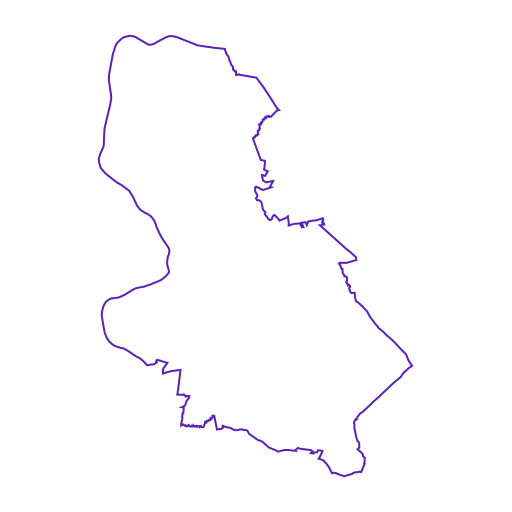 the district of Ūdrīšu pag., Kraslavas, Latvia, rotated 95°
{"feature_id": "27541924B10135077648270", "entity_name": "Ūdrīšu pag.", "entity_type": "district", "adm_level": 2, "iso_a3": "LVA", "parent_name": "Latvia", "parent_adm1": "Kraslavas", "projection": "albers", "projection_center": [27.063, 55.925], "detail": "fine", "context": "isolated", "style": "outline", "palette": "violet", "viewbox_px": 512, "rotation_deg": 95, "n_neighbors": 0, "source": "geoboundaries", "source_scale": "gbopen_adm2", "svg_char_len": 6087}
<svg xmlns="http://www.w3.org/2000/svg" viewBox="0 0 512 512"><g transform="rotate(95 256 256)"><path d="M374.4,354.9L373.4,351.5L372.7,347.9L370.6,345.6L369.8,346.3L368.0,345.5L370.2,335.0L376.2,338.6L378.3,338.5L378.3,338.8L381.2,338.5L378.3,331.2L376.0,321.3L394.8,321.9L400.9,322.3L400.7,316.4L400.2,315.8L402.2,313.6L401.5,313.2L401.4,310.5L401.5,310.0L403.4,310.5L406.5,312.6L410.8,313.5L411.4,314.0L413.1,316.6L413.1,314.9L413.7,314.7L419.0,314.7L419.0,315.4L423.5,315.5L424.4,315.2L429.9,315.9L430.2,314.7L431.2,315.6L431.3,315.6L431.0,315.3L430.7,314.2L430.2,313.8L430.5,313.0L431.4,312.0L431.5,311.7L430.9,311.2L431.5,310.8L431.5,310.2L431.8,310.0L431.7,309.5L431.1,308.8L430.3,308.5L430.1,308.2L431.4,307.0L431.7,306.1L431.3,305.5L431.3,305.1L431.0,305.0L431.3,304.7L431.1,304.2L430.1,303.8L431.4,302.8L431.4,302.4L430.8,302.0L430.3,300.0L431.3,299.8L430.5,298.0L431.3,297.3L430.4,296.9L430.1,296.1L431.0,295.7L431.3,294.3L430.8,293.4L430.3,293.1L428.9,292.9L426.8,292.1L425.8,292.3L425.8,292.0L426.5,291.8L426.5,291.1L426.2,290.9L425.5,291.2L425.3,290.9L425.4,290.5L425.2,290.4L424.4,290.6L424.3,290.2L424.6,289.1L423.4,288.5L423.2,288.0L423.4,287.3L421.3,287.2L421.9,286.0L419.9,284.9L419.1,285.4L418.6,284.5L418.8,283.7L432.2,279.8L431.2,275.3L430.5,274.6L428.1,274.3L428.3,273.7L428.7,274.2L429.4,274.3L429.6,273.7L428.5,273.2L428.8,271.5L429.2,270.1L429.2,268.3L429.4,267.0L430.6,264.1L431.2,262.1L431.3,260.8L431.0,259.0L430.1,256.9L430.0,255.6L430.4,251.7L430.4,250.1L431.1,249.1L433.7,247.5L439.3,237.7L439.7,235.2L440.5,233.4L445.7,226.4L446.5,223.6L447.1,222.0L447.6,219.7L449.0,217.3L446.8,210.9L446.5,207.3L446.6,199.3L445.9,199.8L443.5,197.5L444.2,195.0L444.6,184.3L445.6,182.7L447.6,184.2L447.7,181.3L446.8,181.1L446.1,177.9L444.2,177.4L444.3,172.9L445.7,173.1L451.8,175.4L452.4,175.9L453.7,171.1L456.8,167.8L459.5,165.3L465.9,161.3L465.1,159.5L465.3,157.3L465.6,157.2L467.7,148.9L464.5,140.9L463.7,140.3L463.3,139.7L462.9,138.6L462.8,137.5L462.2,134.9L461.7,134.0L462.1,132.3L453.8,129.8L453.8,130.0L447.7,130.0L446.0,132.0L443.9,132.4L439.6,138.0L437.7,136.4L433.3,136.9L431.2,138.8L429.2,139.8L425.0,141.2L418.6,143.0L415.9,143.1L414.0,143.8L411.6,143.5L410.6,142.2L410.6,142.8L403.5,138.3L402.2,136.4L393.0,128.0L392.2,127.7L386.2,121.9L370.3,107.8L363.6,101.0L360.1,99.3L354.3,94.0L351.8,90.9L349.6,92.9L346.3,95.2L340.8,98.0L335.7,104.1L329.5,110.9L325.5,116.0L323.4,119.2L320.4,122.6L316.8,128.0L315.6,128.4L314.5,130.0L307.4,136.5L301.3,140.7L298.0,144.5L297.0,145.4L293.4,150.2L292.4,152.4L289.2,153.5L284.1,154.5L284.5,157.8L283.9,158.7L281.8,159.6L281.3,160.2L279.7,160.3L279.3,159.9L277.7,159.7L277.2,160.5L276.7,160.8L276.7,161.2L277.0,161.6L276.1,161.6L275.9,162.7L274.7,163.5L274.7,163.3L271.7,163.2L269.0,163.7L268.6,164.7L268.6,166.1L266.8,166.9L266.3,167.6L264.9,168.3L263.4,168.4L262.1,168.9L261.6,168.6L261.3,169.7L257.4,171.5L256.9,172.0L256.8,172.4L256.2,172.7L255.4,171.7L255.0,165.4L251.3,155.7L248.4,156.4L243.8,162.5L241.0,166.8L219.9,194.9L219.8,193.9L219.2,192.8L218.7,190.9L217.3,191.4L217.2,191.8L217.3,192.6L217.2,192.9L216.6,192.9L216.5,192.5L215.5,192.7L215.1,192.4L214.6,192.6L213.8,192.2L213.1,192.7L212.7,192.6L212.6,192.8L215.1,198.6L215.8,202.3L217.0,207.0L220.8,208.1L218.0,209.6L219.0,213.6L223.1,211.2L223.4,212.9L219.6,215.1L220.2,217.7L220.4,219.4L221.1,222.1L222.8,226.1L221.2,226.1L213.7,227.7L215.2,229.0L218.7,235.6L218.2,235.8L213.5,241.1L214.5,242.4L215.3,243.0L217.8,243.4L219.0,244.9L219.1,245.5L218.4,246.1L217.9,247.2L215.5,248.7L214.7,249.9L213.8,250.8L211.7,250.4L209.5,252.8L208.7,253.3L204.9,254.3L202.2,255.3L201.2,256.1L200.6,256.8L200.1,258.3L200.4,259.0L200.3,259.8L198.5,261.1L196.9,260.1L195.7,259.9L195.0,260.1L192.0,262.3L187.9,262.9L187.4,262.6L187.0,262.1L187.5,261.3L187.4,260.2L189.5,255.6L189.7,254.7L189.5,254.2L186.3,247.2L186.2,248.2L179.8,245.5L181.8,252.5L180.0,255.7L174.7,257.1L175.4,253.9L170.6,251.7L169.3,255.4L162.6,255.2L160.4,255.5L159.9,259.6L139.2,269.3L139.1,268.9L138.5,268.7L138.0,267.8L137.5,268.1L137.1,267.7L137.1,267.3L135.7,266.6L135.9,265.7L135.3,265.6L135.4,265.2L135.0,265.1L134.5,264.3L133.8,264.7L132.6,264.7L132.3,265.1L131.9,264.9L131.1,265.0L131.1,264.7L130.6,264.4L130.4,263.7L129.4,263.8L128.5,263.1L127.3,263.8L125.5,263.8L124.6,264.4L124.2,263.8L124.4,263.1L124.0,263.2L123.8,262.4L123.4,262.5L123.1,262.2L122.8,262.7L122.5,262.7L121.6,261.2L119.5,261.2L119.2,260.4L119.3,260.0L118.7,260.0L118.3,259.7L118.1,258.3L117.7,258.1L117.3,258.4L117.4,257.7L117.2,257.6L116.1,257.7L116.2,257.0L115.6,256.3L115.9,256.2L115.6,255.8L116.0,255.2L115.8,255.0L116.1,254.7L115.8,254.5L116.1,253.9L115.9,253.6L115.9,253.2L109.3,247.9L108.6,245.9L107.7,247.2L107.1,247.5L106.4,248.4L98.0,254.7L86.1,264.2L78.3,271.2L77.0,286.5L77.1,287.3L77.0,287.9L76.5,288.7L77.4,291.5L73.6,292.2L74.0,292.9L73.9,293.5L72.5,294.3L72.2,295.1L69.6,295.4L67.9,297.1L66.8,297.9L65.5,298.2L64.2,298.7L63.7,299.4L59.7,300.9L56.7,303.5L55.8,303.5L55.0,304.2L52.4,305.1L52.2,316.1L51.3,332.3L45.3,352.4L44.5,355.8L44.3,359.5L44.5,361.1L44.8,362.3L45.9,364.6L48.5,368.8L53.7,376.4L54.8,379.5L54.8,381.3L54.3,382.8L48.5,394.8L47.9,396.6L47.6,400.6L48.2,402.9L49.7,406.9L51.3,408.9L56.0,413.1L58.6,414.2L67.4,416.2L88.1,418.2L93.6,417.9L107.8,414.5L112.2,413.9L118.1,414.5L142.0,418.0L154.5,417.6L157.5,417.3L160.3,417.5L169.0,420.4L173.6,421.1L176.9,420.3L181.6,418.5L186.1,414.1L189.0,410.0L194.7,401.3L197.2,395.9L202.0,388.1L207.7,383.8L216.5,378.7L220.1,375.2L222.4,370.9L223.8,367.2L225.8,363.9L229.6,360.5L232.2,359.0L235.8,357.6L244.2,352.7L247.9,350.0L255.5,343.8L258.3,342.6L261.9,343.0L264.5,343.8L269.1,344.0L272.9,343.6L276.9,341.9L279.6,341.3L281.1,342.0L284.1,344.2L287.0,347.1L288.7,349.3L291.8,355.3L294.0,359.7L296.5,365.5L297.9,370.8L299.1,373.9L301.3,377.2L306.3,383.7L309.4,389.4L310.9,396.4L312.5,399.2L314.8,401.6L317.7,403.0L321.0,404.0L325.3,404.6L328.6,404.5L334.8,403.0L345.4,400.1L349.5,398.1L353.4,395.4L356.1,392.0L357.8,389.3L359.2,383.3L359.7,379.5L362.1,374.5L366.1,367.4L368.3,362.2L370.3,359.4L374.4,354.9Z" fill="none" stroke="#5b21b6" stroke-width="2"/></g></svg>